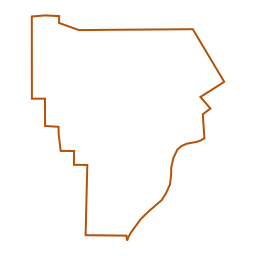 the district of Floyd, Indiana, United States of America
{"feature_id": "52423323B55825448970997", "entity_name": "Floyd", "entity_type": "district", "adm_level": 2, "iso_a3": "USA", "parent_name": "United States of America", "parent_adm1": "Indiana", "projection": "equal_earth", "projection_center": [-85.894, 38.3], "detail": "fine", "context": "isolated", "style": "outline", "palette": "amber", "viewbox_px": 256, "rotation_deg": 0, "n_neighbors": 0, "source": "geoboundaries", "source_scale": "gbopen_adm2", "svg_char_len": 639}
<svg xmlns="http://www.w3.org/2000/svg" viewBox="0 0 256 256"><path d="M59.1,16.1L45.2,15.4L31.8,16.5L31.9,98.7L45.0,98.7L45.1,126.0L58.6,126.8L58.6,133.5L60.7,150.9L74.1,151.0L74.0,164.8L87.3,165.0L85.6,235.2L126.4,235.6L127.1,240.6L128.5,236.9L130.6,233.0L140.9,218.9L145.0,214.9L146.0,214.0L147.0,213.1L149.3,210.8L161.6,200.2L165.7,193.8L165.9,193.5L170.0,184.5L171.2,173.8L171.2,167.9L173.4,157.8L177.4,149.6L181.4,146.0L186.8,143.7L196.6,141.9L201.2,140.3L202.6,139.1L204.4,138.5L202.8,114.3L210.4,108.5L200.4,97.0L224.2,81.8L192.8,29.2L112.2,29.8L79.0,30.1L59.1,23.0L59.1,16.1Z" fill="none" stroke="#b45309" stroke-width="2"/></svg>